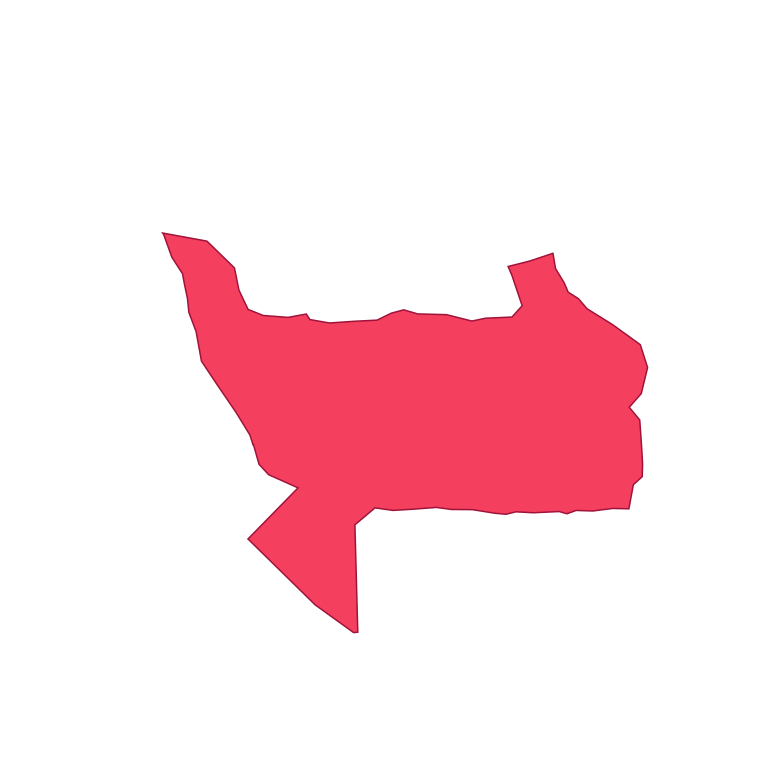 Ikenne, Ogun, Nigeria, rotated 132°
{"feature_id": "59680162B19467626863877", "entity_name": "Ikenne", "entity_type": "district", "adm_level": 2, "iso_a3": "NGA", "parent_name": "Nigeria", "parent_adm1": "Ogun", "projection": "robinson", "projection_center": [3.67, 6.891], "detail": "fine", "context": "isolated", "style": "filled", "palette": "rose", "viewbox_px": 768, "rotation_deg": 132, "n_neighbors": 0, "source": "geoboundaries", "source_scale": "gbopen_adm2", "svg_char_len": 1107}
<svg xmlns="http://www.w3.org/2000/svg" viewBox="0 0 768 768"><g transform="rotate(132 384 384)"><path d="M419.9,649.5L420.5,647.4L431.7,626.6L436.9,607.5L443.5,598.9L451.9,587.4L455.1,583.8L461.3,577.0L470.8,558.7L489.2,534.9L496.1,507.8L504.2,474.6L511.7,449.4L516.7,440.8L516.2,440.8L527.3,423.1L528.6,408.9L518.7,378.4L590.2,381.4L594.2,287.3L589.1,240.3L586.0,237.4L508.1,311.4L482.1,307.8L471.9,292.7L457.9,278.9L440.7,262.5L432.1,249.9L418.2,234.2L405.8,215.0L399.2,206.2L390.7,200.4L379.7,186.8L361.6,168.5L358.0,161.2L349.4,156.6L338.6,143.8L323.6,130.9L312.9,118.5L292.0,131.3L280.0,130.1L270.1,138.6L255.1,153.8L239.6,169.9L237.2,186.2L219.0,186.4L195.4,199.1L183.3,219.8L187.0,254.4L192.2,283.4L190.5,296.6L192.5,308.6L188.3,317.6L183.4,333.8L173.8,345.9L195.1,358.0L213.6,370.4L217.8,361.4L233.4,333.7L248.6,333.7L267.2,352.6L278.4,360.8L290.6,383.9L309.4,405.9L315.7,419.0L326.5,426.0L341.2,431.9L356.2,447.0L375.1,465.3L385.7,482.2L384.0,488.6L398.6,499.8L413.9,519.6L419.5,534.9L411.3,554.6L397.8,572.8L396.3,611.1L419.9,649.5Z" fill="#f43f5e" stroke="#9f1239" stroke-width="1.5"/></g></svg>